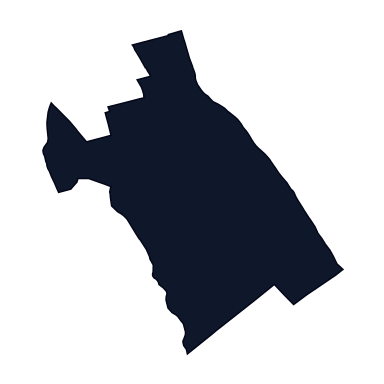 Mburucuyá, Corrientes, Argentina, rotated 267°
{"feature_id": "61730980B72186775994784", "entity_name": "Mburucuyá", "entity_type": "district", "adm_level": 2, "iso_a3": "ARG", "parent_name": "Argentina", "parent_adm1": "Corrientes", "projection": "robinson", "projection_center": [-58.145, -28.012], "detail": "fine", "context": "isolated", "style": "filled", "palette": "ink", "viewbox_px": 384, "rotation_deg": 267, "n_neighbors": 0, "source": "geoboundaries", "source_scale": "gbopen_adm2", "svg_char_len": 2513}
<svg xmlns="http://www.w3.org/2000/svg" viewBox="0 0 384 384"><g transform="rotate(267 192 192)"><path d="M353.5,189.8L350.5,176.6L349.5,176.9L343.9,149.6L341.9,140.1L339.9,141.4L336.8,142.4L335.2,143.4L328.7,146.9L318.3,152.0L318.1,152.7L315.4,153.8L312.1,155.7L309.9,156.8L309.3,154.6L306.9,143.1L302.8,145.2L299.7,146.8L297.1,147.7L292.1,148.9L289.5,148.9L288.5,149.1L288.0,145.6L286.7,139.3L284.4,127.9L282.3,117.3L281.4,112.6L276.8,114.0L275.9,110.6L275.7,109.5L271.8,110.3L269.0,110.9L263.9,112.0L252.8,114.1L247.6,89.3L250.5,87.1L259.2,80.5L260.6,79.7L268.9,73.4L282.6,61.2L285.5,58.4L288.3,56.1L284.7,54.4L282.8,53.7L279.5,52.6L278.7,52.4L275.7,51.9L272.3,51.3L269.2,50.8L265.8,50.7L264.7,50.7L262.7,50.7L261.0,50.8L256.7,51.0L252.9,51.2L249.2,50.4L246.7,48.4L244.3,46.5L241.3,45.3L238.2,45.6L235.5,46.7L231.6,47.4L230.6,47.5L227.8,48.5L225.7,48.5L222.9,49.3L219.8,50.8L214.7,52.5L208.2,55.2L201.6,57.6L198.6,58.8L201.2,71.1L202.7,72.5L207.9,77.6L211.4,78.8L210.9,89.5L207.3,98.1L204.6,104.7L201.7,111.2L196.3,109.8L194.9,110.1L190.1,110.3L182.3,111.0L176.2,116.7L173.9,120.2L173.0,121.2L172.4,122.0L170.8,123.6L168.2,125.8L152.8,134.1L148.5,136.5L147.8,137.0L146.7,137.9L136.9,143.5L129.7,146.2L127.3,146.5L121.1,149.5L114.4,149.0L111.5,148.2L109.8,148.6L108.2,149.6L107.1,151.3L105.3,152.9L103.4,153.8L101.3,154.2L99.7,156.1L98.0,158.1L94.4,161.1L91.9,161.8L88.9,160.8L85.5,160.4L77.3,162.0L72.6,165.8L70.3,169.3L68.6,171.2L64.3,174.0L60.8,176.5L52.6,178.2L49.7,177.9L46.2,176.4L43.3,175.1L41.1,175.3L38.9,175.8L35.1,178.2L30.5,178.9L49.5,205.2L52.4,209.0L79.9,248.0L95.4,269.4L85.4,277.8L74.3,287.6L83.3,301.1L101.3,330.9L106.8,338.7L112.6,333.0L119.6,330.1L122.6,328.7L126.8,326.6L132.8,322.5L138.5,319.4L144.2,315.6L150.8,313.0L156.7,309.6L161.0,306.9L163.5,305.5L167.6,303.1L170.5,301.6L173.7,299.8L178.1,297.3L181.9,295.4L184.6,294.4L186.4,293.7L188.2,292.5L189.7,290.9L194.3,288.3L196.2,287.3L198.5,285.5L202.5,282.4L206.9,279.3L211.1,276.9L213.6,275.3L218.0,272.6L220.5,271.2L222.6,269.6L225.8,267.0L230.2,262.7L232.4,260.4L234.8,258.3L238.0,256.1L242.0,253.9L245.9,251.9L250.0,249.4L253.5,246.7L257.6,244.5L261.9,241.5L264.1,239.4L268.7,234.3L271.0,231.6L273.8,229.1L276.0,226.1L278.4,222.6L281.1,217.7L284.0,215.2L286.9,212.9L289.5,209.5L291.5,207.8L293.8,206.2L296.7,204.5L298.8,203.2L302.8,201.8L305.1,201.3L307.9,201.4L310.6,201.0L314.0,200.0L315.6,199.4L317.3,199.1L325.8,196.4L342.5,192.5L345.3,191.7L349.8,190.7L353.5,189.8Z" fill="#0f172a" stroke="#020617" stroke-width="1.5"/></g></svg>